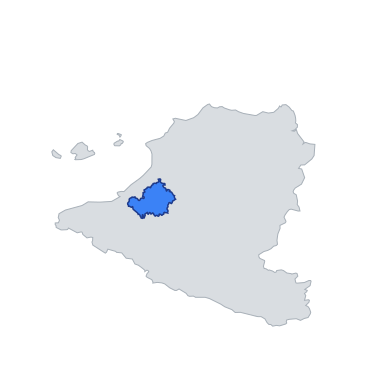 location of Teruel within Spain, rotated 195°
{"feature_id": "ESP-5847", "entity_name": "Teruel", "entity_type": "Autonomous Community", "adm_level": 1, "iso_a3": "ESP", "parent_name": "Spain", "parent_adm1": "", "projection": "mercator", "projection_center": [-0.788, 40.603], "detail": "fine", "context": "in_parent", "style": "filled", "palette": "blue", "viewbox_px": 384, "rotation_deg": 195, "n_neighbors": 0, "source": "natural_earth", "source_scale": "10m", "svg_char_len": 8297}
<svg xmlns="http://www.w3.org/2000/svg" viewBox="0 0 384 384"><g transform="rotate(195 192 192)"><path d="M206.3,93.9L206.4,94.9L208.1,96.9L213.3,98.0L214.6,98.8L214.3,101.5L213.1,103.8L214.2,104.8L215.4,104.8L217.0,102.9L217.3,104.2L219.6,105.3L224.8,107.4L228.5,107.7L232.3,111.8L238.5,111.0L244.1,115.0L249.3,114.2L250.4,114.9L258.5,115.0L259.0,111.8L259.9,110.5L274.0,115.0L275.7,117.8L275.4,119.2L276.1,122.4L277.9,122.3L281.6,120.5L286.4,122.7L287.7,124.7L288.7,124.8L292.3,122.9L302.0,125.2L302.4,123.7L303.1,123.2L307.2,121.9L308.8,121.5L314.0,122.6L314.7,124.4L315.7,125.1L316.1,126.7L313.1,127.7L312.7,130.4L314.6,132.7L314.8,136.7L309.6,141.8L294.7,150.5L289.8,155.6L278.6,158.3L267.2,162.1L260.3,168.9L262.1,169.4L264.1,171.7L263.4,172.8L260.4,174.3L257.8,174.8L252.8,183.2L245.9,191.7L243.3,195.6L237.9,205.6L237.9,208.4L240.5,218.3L242.1,220.9L244.2,223.0L248.3,224.9L249.3,226.7L247.9,228.4L243.8,231.5L236.7,235.6L233.7,238.8L233.1,242.0L231.0,243.4L230.2,247.7L227.4,253.8L227.2,255.4L229.4,257.6L227.2,258.9L216.4,259.5L209.6,264.2L206.3,268.4L203.2,276.1L199.5,280.6L197.9,281.5L195.3,279.5L192.2,279.2L189.1,279.8L187.5,281.4L185.0,282.3L182.5,281.5L177.2,281.1L174.8,281.2L171.1,282.5L167.9,281.6L162.6,281.2L151.0,282.2L149.5,282.7L144.4,287.9L138.7,288.0L133.7,290.1L130.3,295.1L129.6,297.8L128.6,297.2L127.8,297.4L127.4,299.4L123.9,300.7L120.0,299.1L116.7,296.6L115.0,296.4L112.2,292.5L111.0,290.0L110.1,287.4L110.0,285.5L107.6,284.4L107.0,281.9L108.8,278.7L111.2,277.0L108.9,277.1L107.3,279.2L105.2,275.9L96.8,269.4L97.2,267.1L95.8,268.8L94.9,269.3L90.6,269.0L85.6,269.8L83.5,258.8L84.8,254.9L90.3,247.3L93.8,246.3L95.2,242.4L92.0,242.6L86.9,235.0L88.3,227.9L93.3,222.6L94.2,220.4L94.4,218.5L93.4,217.1L90.6,216.3L87.7,210.6L87.1,207.1L84.7,205.1L82.8,201.6L84.5,201.1L91.8,201.1L93.5,200.2L94.8,197.8L96.2,193.9L96.6,191.5L93.7,188.1L93.6,187.4L94.0,186.3L98.4,182.5L97.5,179.6L98.2,173.7L97.8,170.2L97.4,167.3L95.9,163.6L96.8,162.1L99.1,160.8L101.0,157.7L103.7,155.2L107.2,153.1L111.3,148.6L110.6,146.6L109.2,145.4L104.2,144.6L103.8,143.7L103.8,138.7L102.5,136.8L100.7,137.0L97.9,136.1L97.2,136.7L93.7,136.5L91.2,135.7L90.1,136.4L89.8,138.1L85.6,139.9L83.3,139.8L79.4,138.3L75.0,138.8L74.5,138.5L70.8,140.5L69.5,140.5L68.0,138.1L70.0,134.6L68.2,131.2L67.1,131.1L60.1,133.6L56.1,136.8L54.5,137.2L53.9,136.6L53.7,132.1L57.9,127.1L55.2,126.8L55.4,125.4L57.1,123.1L55.3,121.4L55.3,116.5L51.5,118.1L50.6,117.8L50.5,115.8L52.8,111.8L50.4,111.4L48.5,109.9L46.2,106.6L46.2,104.9L47.4,100.8L50.8,98.9L54.0,96.1L58.5,96.6L65.1,94.2L67.4,92.9L67.4,91.2L66.6,90.0L67.3,88.8L72.7,85.4L76.0,85.0L79.3,83.3L81.5,84.4L83.5,84.0L85.7,85.3L88.7,88.3L93.0,89.5L96.5,88.6L114.1,88.3L119.1,86.8L123.0,88.7L130.6,89.6L135.1,91.1L147.6,93.6L152.1,93.7L161.2,91.2L163.7,91.8L167.4,90.6L169.1,90.8L171.4,92.6L179.4,95.0L181.5,92.9L183.1,92.5L188.8,93.7L194.6,96.2L197.7,96.4L202.1,95.7L206.3,93.9ZM312.6,198.0L314.7,199.0L316.9,198.1L318.0,198.4L319.2,198.8L319.4,200.6L314.8,209.3L311.1,211.7L307.3,209.8L305.2,209.3L304.5,208.6L304.0,205.8L303.0,205.0L301.6,204.6L298.7,206.7L297.8,205.3L296.5,205.0L295.9,204.1L296.0,203.0L304.9,196.2L307.4,194.7L312.9,193.0L313.7,193.2L313.0,194.3L313.8,195.2L312.6,198.0ZM337.8,194.5L336.9,196.9L330.3,193.7L328.2,193.3L327.6,192.8L327.9,190.4L332.3,190.0L335.9,191.2L337.8,194.5ZM276.0,222.3L275.3,224.0L272.0,223.4L271.3,222.7L272.0,220.8L272.9,220.5L273.0,219.2L274.0,217.8L278.6,216.7L279.7,217.6L279.9,218.9L277.1,221.9L276.0,222.3ZM279.2,229.1L278.7,229.4L275.2,229.1L275.1,228.0L275.8,226.4L277.1,228.0L279.2,228.3L279.2,229.1Z" fill="#d9dde1" stroke="#a8b0b8" stroke-width="1"/><path d="M220.3,192.9L219.9,191.8L220.4,191.7L221.4,191.2L221.6,191.0L221.7,190.9L221.8,190.7L221.7,190.3L221.4,190.0L220.7,189.4L220.2,189.0L218.8,188.9L218.4,188.7L218.2,188.5L218.1,188.3L218.1,188.2L217.9,187.9L217.7,187.7L217.5,187.4L217.3,187.0L217.2,186.6L216.9,186.4L216.7,186.6L216.5,186.9L216.5,187.1L216.6,187.5L216.4,187.9L216.0,188.1L215.6,188.2L214.9,188.2L213.8,187.9L213.9,187.7L214.0,187.3L214.0,187.1L214.0,186.9L214.0,186.7L213.9,186.6L213.3,186.7L213.1,186.7L212.8,186.6L212.5,186.5L212.2,186.5L211.9,186.6L211.5,186.4L209.2,184.2L208.7,183.9L208.4,183.8L208.2,183.9L208.1,184.0L207.9,184.0L207.9,183.6L208.0,183.4L208.0,183.1L207.9,182.7L207.0,181.5L206.7,181.1L206.0,180.8L206.3,180.4L206.6,180.3L207.3,179.2L207.5,179.0L207.7,178.8L208.1,178.6L208.4,178.2L208.4,177.2L208.4,176.8L208.7,175.8L208.8,175.6L209.0,175.5L209.5,175.6L210.1,175.8L210.4,176.0L210.6,176.1L210.8,176.0L211.2,175.8L211.3,175.7L211.5,175.5L211.6,175.3L211.5,174.8L211.5,174.5L211.6,174.0L211.8,173.6L211.9,173.4L211.9,172.8L211.8,172.5L211.7,172.2L211.5,171.9L211.4,171.7L211.4,171.4L211.5,171.1L211.6,170.9L211.8,170.5L211.8,170.2L211.8,169.5L211.8,169.3L211.7,169.0L211.5,168.8L210.9,168.4L210.6,168.1L210.5,167.9L210.3,167.5L210.2,167.1L210.3,166.1L210.3,165.9L210.0,165.4L211.5,165.4L212.1,165.2L212.8,165.1L213.2,165.3L213.4,165.2L213.6,165.0L213.8,164.7L213.8,164.4L213.6,163.8L213.6,163.4L213.7,163.2L214.2,163.0L214.3,162.9L214.4,162.7L214.6,162.2L215.0,161.8L215.2,161.7L215.5,161.7L215.7,161.8L216.3,162.3L217.6,162.3L217.9,162.1L218.0,161.8L217.9,161.5L217.7,161.2L217.7,160.8L217.9,160.2L218.1,160.0L218.3,159.9L218.8,159.9L219.8,160.4L220.0,160.3L220.8,159.9L221.0,159.4L221.3,159.2L221.6,159.3L223.4,160.6L223.4,160.9L223.5,161.1L224.4,161.6L224.6,161.6L225.9,160.1L227.2,161.2L227.4,161.2L227.7,161.2L227.9,160.9L228.3,159.5L228.5,159.2L228.8,159.2L229.0,159.4L230.0,160.6L231.8,158.4L231.1,157.0L231.5,156.7L231.4,155.0L231.4,154.7L231.6,154.5L231.8,154.6L232.0,154.7L233.5,157.2L233.6,157.3L233.8,157.3L234.0,157.1L234.0,156.9L234.0,156.7L233.7,155.9L232.9,154.6L232.8,154.2L232.8,153.9L233.1,153.7L234.3,153.7L234.5,153.8L234.6,154.0L234.7,154.5L234.8,154.6L235.3,154.8L235.5,154.9L235.7,155.3L236.2,156.1L237.7,156.9L238.2,156.5L239.2,157.7L244.2,160.0L244.6,160.4L245.4,162.3L245.8,162.4L246.1,161.9L246.3,161.7L246.5,161.6L247.5,161.7L248.0,161.9L248.5,162.0L249.6,161.8L249.8,162.6L250.2,162.9L250.5,163.0L250.8,163.3L251.2,164.3L251.1,165.0L250.9,165.5L250.6,165.9L250.5,166.1L250.5,166.3L250.4,166.5L250.3,167.0L250.4,167.4L250.5,167.7L250.5,168.0L250.8,168.7L250.8,168.9L250.7,169.1L250.6,169.3L250.2,169.8L250.0,170.2L249.8,170.3L248.7,171.0L248.7,171.5L248.1,171.7L247.2,171.8L246.9,171.8L246.7,171.9L246.5,172.0L246.3,172.2L246.1,172.3L245.9,172.5L245.7,172.5L245.6,172.4L245.5,172.2L245.5,171.8L245.3,171.6L245.0,171.5L243.9,171.6L243.3,171.5L242.4,170.9L242.0,170.6L241.9,170.4L241.7,170.2L241.4,170.1L241.0,170.1L240.7,170.2L240.3,170.7L240.2,170.9L240.1,171.1L240.0,171.5L240.0,171.9L240.0,172.1L240.0,172.3L239.9,172.5L238.8,173.1L238.6,173.3L238.4,173.4L238.2,173.4L237.9,173.2L237.5,173.1L237.2,173.2L237.0,173.3L236.8,173.5L236.8,173.9L236.8,174.1L236.8,174.5L237.0,174.8L237.4,174.9L237.6,175.0L237.8,175.1L238.3,175.0L238.5,174.9L238.6,175.0L238.6,175.4L238.5,175.7L238.5,175.9L238.6,176.3L238.6,176.5L238.6,177.1L238.6,177.3L238.5,177.5L238.6,177.8L238.9,178.0L239.0,178.4L239.1,178.6L239.0,178.8L238.0,179.3L237.8,179.5L237.6,179.7L237.7,179.9L237.7,180.1L237.9,180.3L238.2,180.5L238.3,180.6L238.6,181.0L238.8,181.4L238.8,181.7L238.7,181.8L237.8,182.4L237.6,182.6L237.3,183.2L237.0,183.5L236.5,183.8L236.5,184.0L236.5,184.4L236.5,184.7L236.4,184.9L236.2,185.1L235.4,185.4L235.2,185.5L234.8,185.5L234.6,185.6L234.4,185.6L234.2,185.7L233.8,185.6L233.6,185.4L233.4,185.4L233.2,185.4L233.1,185.5L233.1,186.1L233.0,186.3L233.1,186.5L233.0,186.9L232.8,187.2L232.7,187.4L232.7,187.8L232.6,188.1L232.4,188.3L232.1,188.6L231.7,188.9L231.6,189.1L231.6,189.3L231.6,189.6L231.8,189.9L231.7,190.1L230.2,190.9L229.4,191.0L229.0,191.0L228.9,191.0L228.7,191.0L228.5,191.6L228.5,191.9L228.3,192.1L228.2,192.1L227.9,192.3L227.7,192.4L227.2,192.7L227.1,192.8L227.0,193.0L226.9,193.5L226.9,193.8L226.9,194.0L227.0,194.4L227.2,194.8L227.4,194.9L227.5,195.0L227.8,195.3L227.9,195.6L226.7,196.2L226.4,196.3L226.0,196.3L225.8,196.2L225.6,196.1L225.5,195.9L225.5,195.7L225.5,195.3L225.5,195.1L225.4,194.9L225.3,194.6L225.4,194.4L225.4,194.2L225.5,194.0L225.4,193.7L225.1,193.4L224.0,192.9L223.7,192.8L223.4,192.7L223.0,192.8L222.3,192.7L221.7,192.8L221.3,193.0L221.1,193.0L220.6,193.1L220.3,192.9Z" fill="#3b82f6" stroke="#1e3a8a" stroke-width="1.5"/></g></svg>